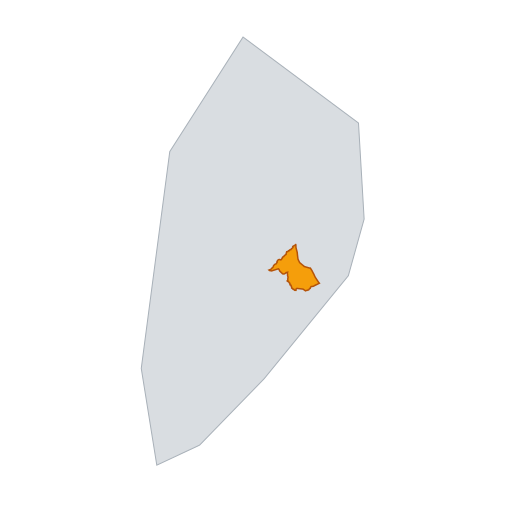 Venus, Anse-la-Raye, Saint Lucia shown in context, rotated 185°
{"feature_id": "8701671B61834764030996", "entity_name": "Venus", "entity_type": "district", "adm_level": 2, "iso_a3": "LCA", "parent_name": "Saint Lucia", "parent_adm1": "Anse-la-Raye", "projection": "mercator", "projection_center": [-61.013, 13.912], "detail": "fine", "context": "in_parent", "style": "filled", "palette": "amber", "viewbox_px": 512, "rotation_deg": 185, "n_neighbors": 0, "source": "geoboundaries", "source_scale": "gbopen_adm2", "svg_char_len": 4191}
<svg xmlns="http://www.w3.org/2000/svg" viewBox="0 0 512 512"><g transform="rotate(185 256 256)"><path d="M351.0,352.5L288.0,473.0L165.5,397.4L151.5,302.2L162.3,244.4L237.3,134.3L295.7,62.7L336.6,39.0L360.5,134.0L351.0,352.5Z" fill="#d9dde1" stroke="#a8b0b8" stroke-width="1"/><path d="M213.2,225.3L213.2,225.6L213.2,226.1L213.2,226.6L213.0,226.8L212.8,227.0L212.6,227.2L212.3,227.3L206.2,227.1L203.7,225.6L203.2,225.9L202.6,226.1L202.3,226.1L201.8,226.4L201.5,226.6L201.2,226.6L200.8,226.7L200.5,226.9L200.4,227.2L200.1,227.7L199.8,228.0L199.5,228.3L199.4,228.3L199.1,228.6L199.1,228.9L199.1,229.1L199.1,229.3L198.9,229.5L198.4,230.4L197.2,230.6L196.8,230.7L196.5,230.8L196.4,230.8L195.9,231.0L194.3,232.2L194.2,232.1L190.5,234.4L190.8,234.7L191.2,235.0L191.7,235.7L192.0,236.0L192.5,236.7L193.1,237.4L193.2,237.6L193.4,237.7L193.4,237.8L194.2,238.8L194.5,239.2L195.2,240.1L195.4,240.4L195.7,240.9L195.8,241.1L196.3,242.0L196.8,242.9L197.3,243.7L197.4,243.8L197.8,244.4L198.2,245.1L198.7,245.8L198.8,246.1L200.8,248.7L201.1,248.6L201.9,248.7L202.1,248.8L202.4,248.8L202.7,248.9L202.9,248.9L203.7,249.1L204.8,249.3L205.0,249.3L205.3,249.4L206.9,249.7L206.9,249.8L207.1,249.9L209.2,251.3L210.6,252.3L211.9,253.2L212.0,253.3L213.9,256.5L214.4,258.8L214.8,260.7L215.2,263.0L216.4,266.4L216.5,266.6L216.6,267.0L216.9,267.7L216.9,268.1L217.0,268.4L217.3,270.7L217.4,270.9L217.5,270.9L217.7,270.6L217.8,270.4L218.0,270.3L218.2,270.1L218.4,270.0L218.5,269.9L219.0,269.5L219.2,269.4L219.6,269.2L219.8,269.0L220.1,268.8L220.2,268.7L219.9,268.2L220.0,267.8L220.0,267.6L220.3,267.4L220.5,267.1L220.8,266.7L221.0,266.5L221.3,266.4L221.5,266.0L221.6,265.8L221.7,265.6L221.8,265.5L221.8,265.4L222.1,265.3L222.5,265.3L222.8,265.1L223.0,264.9L223.2,264.7L223.2,264.4L223.3,264.2L223.5,264.2L223.9,264.1L224.1,264.1L224.2,263.9L224.4,263.7L224.5,263.4L224.7,263.2L224.8,263.2L225.0,263.1L225.3,263.1L225.6,262.9L225.8,262.9L225.9,262.6L225.9,262.3L225.9,262.2L226.0,261.8L226.1,261.5L226.2,261.3L226.2,261.2L226.1,260.7L226.1,260.3L226.5,259.9L226.8,259.7L227.3,259.3L227.6,259.0L227.8,258.9L228.0,258.5L228.1,258.3L228.2,258.1L228.3,257.8L228.5,257.7L228.9,257.5L229.0,257.5L229.2,257.4L229.3,257.2L229.6,256.7L229.7,256.4L229.6,256.2L229.8,255.9L229.9,255.6L230.1,255.4L230.3,255.0L230.6,254.5L230.9,254.3L231.3,254.3L231.7,254.5L232.3,254.6L232.8,254.4L233.0,254.4L233.3,254.3L233.5,254.1L233.7,253.9L234.0,253.5L234.1,253.3L234.3,253.0L234.4,252.8L234.6,252.4L234.6,252.1L234.3,251.9L234.3,251.7L234.5,251.5L234.6,251.3L234.8,251.0L234.9,250.6L235.1,250.2L235.3,249.9L235.6,249.8L235.8,249.7L236.1,249.6L236.3,249.5L236.5,249.3L236.9,248.9L237.3,248.4L237.5,248.1L237.6,247.9L237.8,247.5L237.9,246.9L238.0,246.6L238.2,246.2L238.3,246.0L238.5,245.8L238.8,245.7L239.0,245.4L239.4,244.9L239.5,244.8L239.9,244.2L240.2,243.9L240.5,243.7L241.0,243.6L241.4,243.4L241.5,243.3L241.5,243.2L241.8,243.1L241.3,242.7L241.2,242.7L239.1,242.5L238.0,243.0L232.6,245.2L232.3,244.9L231.8,244.6L231.7,244.2L231.2,243.4L231.0,243.0L228.1,240.7L227.8,240.5L227.5,240.5L227.2,240.5L226.9,240.5L226.4,240.6L225.9,240.8L225.2,241.4L224.5,242.2L224.2,242.2L223.5,242.5L223.1,242.6L223.2,242.2L223.3,241.3L223.1,241.0L222.9,240.4L222.9,240.2L222.9,239.7L222.9,239.3L222.2,237.7L222.3,237.5L222.3,236.4L222.4,236.0L222.3,235.7L222.3,235.4L222.2,234.9L222.4,234.5L222.8,234.0L222.8,233.9L222.7,233.7L222.2,233.6L221.9,233.7L221.8,233.3L221.4,233.2L221.2,233.1L221.0,232.9L220.9,232.7L220.6,232.2L220.3,232.1L220.2,232.1L220.0,231.9L219.9,231.8L219.9,231.6L219.9,231.4L219.8,231.2L219.7,231.1L219.7,230.9L219.7,230.6L219.7,230.4L219.6,230.2L219.4,230.1L219.2,230.2L219.1,230.3L218.9,230.2L218.7,230.0L218.7,229.9L218.6,229.7L218.4,229.5L218.4,229.4L218.3,229.2L218.3,228.9L218.2,228.8L218.2,228.7L217.9,228.4L217.9,228.2L217.8,227.9L217.7,227.7L217.7,227.4L217.7,227.2L217.4,227.0L217.2,227.0L217.1,226.9L216.9,226.9L216.7,226.7L216.5,226.4L216.4,226.3L216.3,226.2L216.2,226.1L215.7,226.2L215.4,226.1L215.3,225.9L215.2,225.8L215.2,225.7L214.9,225.5L214.7,225.5L214.5,225.4L214.4,225.4L214.2,225.3L214.2,225.2L213.9,225.2L213.7,225.3L213.4,225.3L213.2,225.3L213.2,225.3Z" fill="#f59e0b" stroke="#b45309" stroke-width="1.5"/></g></svg>